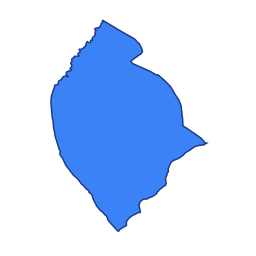 the district of San Juan del Río, Oaxaca, Mexico, rotated 97°
{"feature_id": "50627088B41598695930571", "entity_name": "San Juan del Río", "entity_type": "district", "adm_level": 2, "iso_a3": "MEX", "parent_name": "Mexico", "parent_adm1": "Oaxaca", "projection": "equal_earth", "projection_center": [-96.163, 16.897], "detail": "fine", "context": "isolated", "style": "filled", "palette": "blue", "viewbox_px": 256, "rotation_deg": 97, "n_neighbors": 0, "source": "geoboundaries", "source_scale": "gbopen_adm2", "svg_char_len": 3252}
<svg xmlns="http://www.w3.org/2000/svg" viewBox="0 0 256 256"><g transform="rotate(97 128 128)"><path d="M133.4,48.1L133.1,50.0L129.2,54.2L123.2,65.6L120.5,70.7L119.5,73.6L119.4,73.6L113.0,74.8L99.5,78.0L96.7,79.5L93.9,81.0L93.0,81.9L89.1,85.2L88.1,86.0L86.6,87.0L81.9,90.7L81.7,90.8L76.6,97.2L71.6,104.7L71.8,106.6L69.0,113.1L63.4,131.5L61.2,133.3L54.2,125.9L53.4,124.8L53.0,124.2L52.3,123.8L51.2,123.3L50.4,122.9L49.6,123.1L48.7,123.9L47.7,123.9L47.1,124.4L47.0,124.5L46.1,124.9L44.2,126.3L43.0,127.0L41.5,129.3L40.5,130.4L39.1,131.9L37.4,135.6L37.0,136.6L35.6,140.1L32.0,148.6L30.9,151.3L29.9,153.3L24.3,166.0L24.8,166.4L24.9,166.5L25.1,165.9L25.2,166.0L25.3,165.9L25.9,165.9L26.2,166.0L27.3,167.2L29.2,167.5L31.4,168.5L31.9,169.7L32.3,170.1L32.6,171.6L33.0,172.4L33.8,173.1L34.5,172.6L35.2,171.7L35.7,172.1L37.2,172.3L39.8,172.0L40.4,172.6L41.4,172.8L42.3,174.0L42.7,174.3L43.2,174.4L45.2,174.2L45.1,174.9L45.9,175.8L47.2,175.6L48.0,176.1L48.1,176.7L47.2,179.0L48.8,179.7L50.7,180.1L51.1,180.1L52.5,180.4L52.8,181.2L53.3,181.5L54.1,182.0L54.8,183.0L55.7,184.0L55.7,185.8L56.1,186.1L56.6,185.8L57.8,184.6L58.2,184.7L60.1,186.7L60.7,186.7L61.9,185.6L62.6,185.6L63.4,189.9L65.3,190.9L65.7,191.8L66.6,192.1L67.5,192.3L68.9,191.6L70.4,192.8L70.9,192.7L72.4,191.5L74.3,191.4L75.8,192.7L76.4,192.6L77.2,191.3L78.2,192.0L78.6,193.7L79.9,195.7L80.7,196.0L82.1,196.0L83.5,194.8L84.1,193.8L84.5,194.3L83.9,195.5L84.0,196.5L84.9,198.4L86.1,199.3L88.0,200.0L89.7,202.4L91.8,202.8L93.1,202.7L93.6,203.6L94.0,205.0L94.5,205.8L96.1,206.1L96.5,205.9L97.7,206.3L105.6,207.9L111.4,207.7L116.4,206.7L127.5,204.3L130.4,203.0L132.7,202.9L134.0,202.2L135.8,202.2L140.9,200.4L144.4,199.5L145.9,198.9L147.8,198.1L155.6,194.5L157.9,193.6L158.8,192.4L162.0,192.5L163.2,191.9L166.2,189.1L171.7,185.7L172.3,185.4L181.6,176.3L184.3,172.1L185.2,171.1L186.7,169.8L189.4,167.2L190.8,164.9L193.3,162.5L194.9,159.5L196.8,158.7L198.3,155.9L201.1,154.6L203.1,153.7L207.7,150.6L209.1,149.7L212.6,146.1L215.1,142.3L216.8,140.6L217.6,139.1L219.7,137.5L220.5,137.3L221.7,136.7L224.0,134.4L231.7,125.4L231.2,124.5L230.8,124.1L230.1,124.1L229.6,123.8L228.6,122.1L228.0,121.7L227.7,121.4L227.0,120.6L226.1,119.0L224.7,117.6L223.4,118.0L222.3,117.9L221.0,118.3L220.3,117.7L218.6,116.8L217.6,116.2L216.2,114.9L215.0,113.7L213.9,112.3L212.7,110.1L212.0,109.4L211.3,108.5L210.8,107.2L210.4,105.7L209.8,105.5L207.0,106.5L205.9,106.8L204.2,107.4L202.4,107.6L201.7,107.3L199.6,107.0L198.0,105.2L196.8,104.2L196.5,102.7L196.2,100.8L195.8,99.8L194.8,98.6L194.4,98.3L194.2,98.0L194.0,97.2L193.4,96.1L193.1,95.6L192.4,94.6L191.8,93.9L190.4,92.2L189.8,91.8L187.5,90.9L186.9,90.2L186.2,89.8L185.6,89.5L185.1,89.1L184.4,88.1L184.2,87.9L182.8,86.8L182.2,86.1L181.0,84.9L180.5,83.9L178.3,83.3L176.8,83.8L173.1,84.6L172.2,84.6L171.1,83.9L170.8,83.8L170.3,83.6L170.0,83.6L169.6,83.7L168.8,83.9L168.3,83.6L167.5,83.1L166.4,82.7L164.5,82.9L163.9,83.1L163.2,82.9L162.1,82.7L161.3,82.5L160.8,82.4L157.4,81.4L157.1,81.2L156.6,80.8L155.1,79.4L154.6,78.8L153.5,76.8L152.7,75.2L151.5,73.4L148.2,69.8L145.6,68.0L144.8,67.2L143.5,65.2L142.4,63.9L141.1,62.5L140.2,61.4L139.5,60.8L137.9,58.6L136.9,56.0L136.4,54.5L135.4,50.5L134.8,49.8L133.9,48.9L133.4,48.1Z" fill="#3b82f6" stroke="#1e3a8a" stroke-width="1.5"/></g></svg>